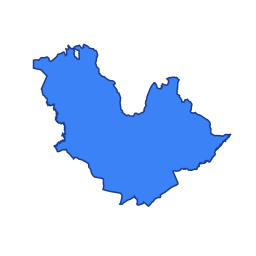 the district of Ayensuano, Eastern, Ghana, rotated 8°
{"feature_id": "2480657B11085167902059", "entity_name": "Ayensuano", "entity_type": "district", "adm_level": 2, "iso_a3": "GHA", "parent_name": "Ghana", "parent_adm1": "Eastern", "projection": "natural_earth1", "projection_center": [-0.482, 5.946], "detail": "fine", "context": "isolated", "style": "filled", "palette": "blue", "viewbox_px": 256, "rotation_deg": 8, "n_neighbors": 0, "source": "geoboundaries", "source_scale": "gbopen_adm2", "svg_char_len": 5773}
<svg xmlns="http://www.w3.org/2000/svg" viewBox="0 0 256 256"><g transform="rotate(8 128 128)"><path d="M25.0,74.0L26.1,81.9L33.7,82.5L40.6,87.8L36.8,101.5L37.7,102.4L37.8,103.6L39.3,107.1L41.3,108.2L42.2,109.5L43.6,110.0L43.9,110.3L44.2,112.1L43.8,114.2L45.0,114.2L44.6,115.3L45.6,116.8L46.9,115.8L47.4,116.7L48.0,116.8L48.8,116.1L49.3,116.2L50.4,115.6L50.7,114.8L51.4,114.7L51.5,115.3L51.1,115.7L51.8,116.3L51.7,117.0L51.9,117.7L51.4,118.5L52.4,119.2L51.9,119.7L52.2,120.4L53.2,120.0L53.1,120.4L54.1,120.6L54.3,121.5L54.9,121.6L54.8,122.3L55.2,122.3L55.4,123.1L55.8,123.0L55.6,123.5L56.2,123.5L56.5,123.9L55.4,124.2L55.7,124.4L55.3,124.7L55.3,125.4L55.9,126.0L55.0,127.2L56.0,127.4L56.2,127.8L55.7,127.8L55.1,128.7L55.1,129.8L55.7,129.7L56.3,131.3L56.8,131.2L57.4,131.9L57.6,131.5L58.1,131.9L57.9,132.3L59.0,132.7L59.8,132.4L61.0,133.1L61.7,132.8L61.9,132.3L62.4,132.3L62.7,131.8L63.4,131.8L63.2,132.5L63.4,132.8L63.8,132.6L63.7,133.2L63.9,132.9L64.0,133.5L64.6,133.4L64.6,134.1L65.1,134.6L65.1,136.5L65.7,136.7L65.3,137.1L65.3,137.9L65.7,138.1L65.4,138.7L66.1,140.1L66.4,142.6L65.8,142.4L65.6,142.7L66.0,142.9L64.7,143.1L64.1,142.5L63.8,144.3L64.2,144.1L64.1,144.7L65.2,144.6L65.1,145.0L65.4,145.7L65.8,145.6L65.6,145.9L66.1,146.1L66.3,145.6L66.8,146.4L66.6,147.4L66.8,148.1L67.2,148.3L67.1,149.8L65.8,149.9L65.6,149.5L65.4,149.9L65.0,149.6L65.1,150.1L64.4,150.0L64.4,150.6L63.5,150.7L63.3,151.3L63.1,150.9L63.1,151.7L62.7,152.2L62.6,151.3L62.1,152.1L61.4,151.7L60.9,152.6L60.2,153.0L60.4,154.3L59.8,154.4L59.9,155.2L59.5,155.1L59.3,155.7L58.5,155.4L58.1,155.8L57.7,155.7L57.4,156.2L60.0,158.4L59.9,158.8L60.7,159.4L61.0,160.7L61.7,161.2L63.3,160.7L66.4,158.5L67.5,158.5L68.6,158.1L68.9,158.4L70.0,157.8L71.2,160.3L74.5,162.4L76.1,164.2L77.8,165.2L78.3,166.2L79.6,164.6L80.9,164.4L82.8,164.9L83.6,165.6L87.6,166.0L88.1,166.6L89.5,166.8L93.3,168.5L93.9,169.1L94.7,172.2L96.9,174.3L98.1,177.7L100.2,180.1L101.8,181.2L108.4,181.4L110.8,181.9L111.2,185.7L112.1,189.0L111.8,192.4L119.0,193.3L129.1,193.5L130.3,194.0L131.7,196.1L131.2,202.8L130.5,204.6L131.3,204.6L133.2,203.9L134.1,202.6L137.7,199.4L140.1,198.3L142.9,196.0L144.0,194.6L144.8,196.3L147.0,197.4L147.7,200.4L147.3,201.9L148.0,202.8L148.8,202.9L150.3,202.4L151.3,201.6L152.3,201.4L153.6,200.4L153.9,199.1L159.1,202.6L160.6,200.8L162.0,198.2L163.1,197.5L164.2,195.2L165.4,193.8L168.2,192.3L169.0,192.5L169.7,192.1L169.9,191.4L169.4,189.7L173.8,186.2L179.5,180.5L185.0,177.0L185.1,175.5L178.6,164.8L178.8,164.2L180.3,163.8L181.6,164.1L184.8,163.1L186.0,161.9L186.4,161.2L187.5,160.5L188.8,161.1L189.6,160.4L190.3,160.9L191.0,160.0L192.9,160.5L193.7,161.3L195.5,161.0L196.4,161.2L199.7,159.5L201.8,159.4L202.5,156.9L202.8,156.5L203.8,156.2L203.6,155.2L203.1,154.8L203.7,154.2L203.6,153.3L204.0,152.7L204.3,153.2L204.7,152.8L204.7,153.3L205.6,153.1L205.3,152.5L205.5,152.3L207.4,152.6L208.8,152.1L208.7,151.0L209.7,151.1L209.4,150.5L209.8,150.6L210.1,149.5L211.1,149.8L211.5,149.2L213.0,150.4L213.6,149.7L214.0,149.8L214.6,148.5L214.4,148.1L215.2,147.3L215.7,145.3L216.2,145.1L217.1,143.5L217.9,142.7L217.8,140.9L217.2,140.6L217.7,137.7L218.0,137.9L218.7,137.3L218.8,136.6L218.4,136.2L218.8,135.6L219.3,135.9L219.1,135.1L219.5,135.7L220.3,135.4L220.4,134.4L220.9,134.3L220.9,133.8L221.6,133.3L221.4,132.5L222.0,132.6L222.1,132.0L222.6,132.2L222.9,131.7L222.4,131.5L222.4,131.0L223.2,130.9L224.0,128.5L224.3,128.7L224.6,127.7L225.1,127.4L225.7,127.5L225.4,126.9L226.1,126.5L226.3,126.7L226.2,125.9L226.7,125.9L227.4,125.4L227.7,124.5L228.1,124.2L227.7,123.5L228.1,123.8L228.5,123.5L228.5,122.6L229.2,122.6L229.0,121.9L229.7,121.8L230.1,120.5L231.0,119.8L228.9,120.6L225.5,120.8L223.3,122.8L218.2,122.9L214.7,123.5L211.1,122.0L210.3,119.9L210.2,117.1L208.7,115.4L209.0,114.1L208.7,112.2L208.2,111.0L207.1,110.0L205.4,108.7L204.9,108.9L198.8,105.7L194.2,104.6L192.5,103.3L191.1,104.1L188.5,104.0L187.3,102.8L188.0,101.5L187.9,98.6L187.6,97.4L188.1,97.0L187.8,95.2L187.1,94.8L186.6,93.7L184.1,92.7L182.9,91.3L180.6,92.2L180.1,94.3L177.6,94.7L177.3,92.9L175.9,91.2L174.9,90.5L174.5,89.6L174.6,88.8L172.0,87.6L171.2,84.1L171.6,82.6L171.0,76.1L171.9,73.2L170.3,72.3L169.5,71.3L168.8,71.2L167.8,71.5L167.1,71.2L164.1,71.8L163.1,72.4L162.2,72.2L159.7,73.9L160.5,74.3L161.5,75.5L161.8,76.7L161.4,79.1L160.5,80.3L157.8,80.1L155.9,79.5L155.9,80.4L155.1,81.6L155.3,82.3L155.9,82.0L156.1,82.4L155.6,84.2L155.1,83.8L154.2,84.7L152.1,84.6L151.1,83.8L150.3,81.6L149.4,81.0L149.2,80.2L148.5,80.0L148.3,79.5L147.5,79.6L145.3,83.6L144.3,86.6L142.5,94.3L142.4,97.8L142.0,98.2L141.9,101.3L142.6,102.9L142.9,103.0L141.7,105.6L141.4,107.1L141.3,108.3L141.9,109.0L141.0,110.1L137.7,112.1L136.5,113.2L136.1,113.3L135.5,112.6L134.7,112.3L133.6,112.3L132.7,112.8L132.2,113.7L132.2,115.0L131.8,115.4L128.4,115.9L127.2,115.2L126.4,115.2L125.7,115.4L125.0,116.1L120.1,113.2L120.3,112.4L119.9,111.6L118.4,110.6L116.6,104.2L116.5,99.4L114.3,94.9L112.2,93.7L112.2,93.0L111.4,91.4L108.5,88.7L107.5,87.2L109.1,85.9L108.8,85.0L106.7,83.5L102.9,83.5L99.1,81.8L97.4,80.5L96.2,80.7L95.9,80.4L95.1,80.5L94.8,80.0L92.7,79.0L92.5,78.1L91.7,77.8L90.9,73.6L89.8,72.6L88.5,71.9L86.8,68.1L87.3,65.5L87.0,62.9L87.5,62.0L87.8,60.0L86.0,56.2L83.5,55.5L82.5,54.2L81.8,54.5L78.6,54.3L77.4,53.1L75.3,52.1L72.8,51.4L72.1,53.3L72.9,54.2L71.5,55.5L68.9,53.8L68.5,52.9L64.3,54.6L63.1,56.2L63.0,56.9L64.1,56.9L67.6,58.1L68.7,58.0L70.1,66.6L67.8,66.6L67.6,65.9L66.3,65.0L65.4,65.1L63.9,60.8L64.5,59.4L62.2,57.0L60.5,57.3L57.3,54.5L57.1,54.8L57.9,56.4L58.1,58.1L57.4,58.5L55.6,58.3L56.4,59.9L56.6,61.4L57.3,63.3L56.1,65.0L54.3,62.0L53.3,61.8L51.0,63.8L48.5,64.6L48.0,65.3L47.7,67.0L43.4,72.0L42.6,72.5L41.7,72.6L40.9,72.2L40.2,71.2L40.2,70.4L38.5,69.0L37.2,69.1L35.9,70.0L32.3,70.4L30.2,73.2L28.3,73.2L25.0,74.0Z" fill="#3b82f6" stroke="#1e3a8a" stroke-width="1.5"/></g></svg>